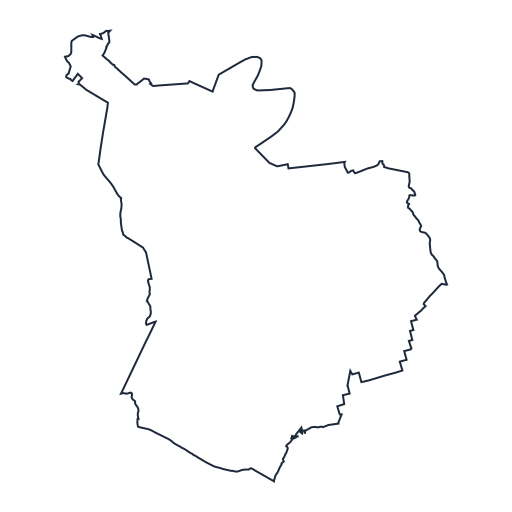 outline of Altepexi, Puebla, Mexico
{"feature_id": "50627088B76973650104721", "entity_name": "Altepexi", "entity_type": "district", "adm_level": 2, "iso_a3": "MEX", "parent_name": "Mexico", "parent_adm1": "Puebla", "projection": "mercator", "projection_center": [-97.299, 18.358], "detail": "fine", "context": "isolated", "style": "outline", "palette": "slate", "viewbox_px": 512, "rotation_deg": 0, "n_neighbors": 0, "source": "geoboundaries", "source_scale": "gbopen_adm2", "svg_char_len": 5939}
<svg xmlns="http://www.w3.org/2000/svg" viewBox="0 0 512 512"><path d="M138.1,426.8L142.1,427.8L147.8,429.0L151.1,430.2L155.2,432.5L159.3,434.5L169.0,439.3L172.4,441.7L173.4,442.8L177.3,445.2L180.7,446.9L181.3,447.5L184.1,448.8L190.6,453.1L192.2,453.8L193.7,455.1L195.2,455.7L197.5,457.2L205.7,462.1L213.7,466.2L216.4,467.1L219.8,467.9L223.4,469.1L229.3,470.4L230.6,470.8L232.6,470.8L234.6,471.4L237.0,471.6L238.3,471.3L239.1,471.0L241.7,470.1L243.5,469.7L245.1,469.6L245.9,469.5L248.7,469.5L249.3,469.3L249.6,468.8L250.3,468.4L251.0,468.3L253.1,469.2L254.5,470.2L274.0,481.3L274.1,480.2L275.4,475.7L277.9,471.8L279.3,468.4L280.1,466.8L281.5,464.6L281.5,463.4L283.8,461.5L283.3,460.5L283.0,458.6L283.8,457.7L284.9,455.5L285.2,454.4L286.1,453.3L287.8,448.4L287.5,447.3L286.2,446.2L286.6,445.2L290.3,442.1L292.5,439.1L292.5,438.9L291.3,438.4L291.7,437.7L294.0,438.4L294.8,438.0L291.9,436.9L292.1,435.9L294.8,436.6L296.1,436.5L296.6,436.6L296.9,436.5L298.6,436.4L296.5,436.2L294.9,436.4L296.3,434.0L301.4,427.6L301.7,429.2L300.4,432.1L302.1,433.4L302.4,430.6L304.4,430.5L304.8,432.8L305.0,432.8L305.1,430.8L309.5,428.4L310.9,427.5L312.5,427.1L315.6,426.9L317.7,427.4L321.2,426.6L323.1,427.1L328.5,425.0L338.5,423.6L338.4,422.6L341.6,414.4L339.7,414.4L337.3,406.3L344.2,404.1L342.9,395.2L349.6,393.6L347.8,386.1L347.4,385.9L350.3,370.9L352.3,374.4L358.8,372.6L361.4,382.1L368.4,380.5L385.4,375.4L395.8,372.6L402.4,370.5L399.8,361.6L406.6,359.8L404.2,351.1L410.9,349.3L411.1,349.0L411.4,348.1L411.2,348.0L408.9,340.9L412.3,340.0L410.0,330.9L413.4,330.0L411.0,321.2L416.7,319.7L414.9,315.8L421.6,310.1L422.3,309.1L425.6,306.1L423.7,304.1L424.0,303.0L430.4,295.4L432.1,293.8L438.9,286.4L441.7,283.8L446.0,284.7L447.0,284.5L446.5,283.4L444.9,278.6L444.0,274.8L442.1,272.2L438.8,268.4L437.7,265.8L437.3,261.5L436.6,260.4L434.2,257.5L434.1,256.9L433.1,255.8L431.8,254.8L431.5,253.9L430.9,253.0L430.5,251.3L429.7,243.2L429.8,242.1L430.2,240.3L430.1,239.3L429.8,238.3L429.4,237.5L428.4,236.1L427.2,234.7L425.5,233.0L424.6,232.6L421.9,232.1L421.1,231.8L420.1,231.1L419.9,230.6L419.7,230.0L419.7,229.3L421.0,226.2L421.1,225.8L420.6,224.6L419.0,222.1L418.7,221.1L418.0,220.0L416.3,218.4L416.0,217.7L415.0,216.6L414.7,216.0L413.8,215.3L413.2,214.1L413.2,213.5L412.4,211.8L409.8,209.0L409.3,208.5L408.6,208.2L408.1,207.8L407.9,207.1L408.3,205.3L408.5,204.8L409.1,204.0L408.7,203.7L407.9,203.4L407.1,202.7L406.8,202.0L407.0,201.4L407.7,200.1L408.3,199.3L409.0,197.9L409.2,197.1L409.3,195.8L409.5,195.3L410.1,195.1L412.4,195.4L414.2,195.6L415.1,195.3L415.3,195.1L415.1,194.3L414.7,193.2L414.5,192.2L413.2,190.5L412.2,189.9L411.4,188.6L410.8,188.2L410.1,188.1L409.5,187.8L408.9,187.2L408.7,186.5L408.8,185.7L409.5,182.3L409.7,181.6L409.5,179.5L409.5,178.5L409.3,177.1L409.3,174.1L409.1,173.2L408.7,172.8L407.6,172.2L407.0,172.0L406.2,171.9L387.2,168.1L386.8,167.7L384.2,167.1L384.1,166.0L383.6,164.5L383.0,164.2L382.5,163.5L382.3,161.1L379.7,161.3L378.3,164.3L376.8,165.5L374.3,166.6L371.0,167.6L368.1,168.3L363.8,169.9L361.4,171.0L356.6,172.8L355.0,173.2L353.7,171.5L353.2,170.4L351.5,170.8L350.5,171.3L348.8,172.6L347.8,172.7L344.9,167.2L344.6,166.0L344.4,164.2L344.4,162.6L344.8,161.9L327.4,164.1L288.5,168.4L287.7,164.1L286.1,164.6L277.1,166.3L269.4,162.9L255.0,148.1L255.2,147.4L270.9,136.8L277.8,131.6L283.8,125.0L286.2,121.7L288.4,117.8L290.8,112.7L292.4,108.5L293.1,105.9L294.1,100.4L294.6,96.1L294.7,93.0L293.7,91.1L292.9,90.5L292.0,89.3L290.5,88.2L288.9,88.1L270.3,90.0L260.0,90.4L257.1,90.4L255.1,89.5L253.6,88.7L252.9,87.4L252.6,85.1L254.0,82.3L257.7,75.8L259.5,71.4L261.3,66.2L261.6,61.8L261.5,60.2L260.3,58.3L257.2,56.9L251.8,57.0L245.3,59.4L238.3,63.3L218.7,74.7L218.7,74.8L213.6,88.6L212.6,91.6L194.4,83.4L189.5,81.1L187.9,83.4L160.1,85.4L153.1,86.0L150.3,84.0L150.7,83.8L151.1,83.4L149.4,81.1L149.0,79.7L148.7,79.4L146.0,78.8L144.0,78.6L139.2,82.5L138.3,82.9L136.7,84.5L135.2,84.5L134.9,84.6L134.0,83.9L124.8,75.5L121.6,72.8L119.0,70.3L114.9,66.7L114.2,64.9L112.8,64.7L109.4,61.5L109.4,61.2L106.1,58.6L102.6,55.5L103.8,53.7L104.7,52.2L106.6,47.2L106.3,46.8L107.7,44.8L107.8,43.8L109.0,42.8L109.4,42.2L109.2,39.5L108.2,32.8L110.1,30.7L107.6,31.0L106.2,30.8L104.4,32.3L102.9,33.2L100.6,34.0L100.0,34.0L100.0,34.3L100.8,35.8L101.7,38.9L99.2,38.1L95.7,36.3L92.5,35.0L92.8,35.5L93.1,37.0L91.1,37.0L85.6,35.5L82.9,35.2L80.0,35.8L78.0,36.5L76.8,37.2L71.8,40.9L71.3,42.7L71.3,52.1L70.5,54.2L68.4,56.1L65.0,56.7L66.0,59.2L67.3,61.4L69.0,62.9L70.7,66.4L68.5,73.7L67.8,73.9L67.3,74.7L66.5,75.2L66.1,76.8L66.9,77.6L68.9,78.7L70.3,78.9L71.1,80.1L72.6,81.0L77.8,73.8L82.1,78.1L80.1,80.3L78.6,81.6L78.9,82.0L78.6,83.8L78.1,84.2L79.8,84.5L81.3,85.6L86.3,89.8L99.3,97.6L107.9,102.7L107.3,108.0L103.0,132.8L100.2,151.1L99.1,159.2L98.3,164.3L102.2,172.1L103.8,174.9L107.8,179.7L109.3,181.3L111.7,184.4L113.5,187.1L117.0,193.5L118.0,194.9L119.2,196.4L121.2,198.1L120.8,199.3L121.6,204.1L121.5,206.1L121.4,208.0L120.8,210.6L120.3,213.6L120.3,216.5L120.9,219.7L120.8,221.8L121.2,225.2L122.0,230.7L122.6,231.7L123.4,234.8L124.7,235.6L126.7,237.6L128.0,238.1L138.2,244.5L143.0,247.6L145.5,251.7L146.0,252.3L151.6,278.8L148.5,279.3L148.3,279.5L148.0,280.6L148.0,281.4L148.9,284.4L149.5,286.3L149.8,287.6L149.8,289.1L149.5,292.4L149.8,294.3L147.3,299.2L147.3,300.3L146.8,300.9L148.0,302.4L149.3,304.7L149.7,305.2L150.3,306.2L150.4,307.0L150.3,308.3L150.8,311.7L150.8,313.5L149.8,316.5L147.5,318.4L147.1,318.9L146.9,319.7L146.2,321.2L146.2,321.8L145.9,323.5L146.7,324.9L154.7,321.8L155.6,321.6L147.7,338.0L146.6,340.0L142.7,348.2L121.0,393.7L123.1,393.1L126.1,393.6L127.5,393.6L129.2,392.9L130.8,392.6L131.4,392.9L131.4,393.4L132.0,393.8L131.9,395.3L131.6,397.1L131.9,398.3L133.2,399.8L134.7,400.9L135.2,401.6L135.0,403.1L136.0,405.2L136.8,406.0L137.6,407.2L138.2,408.6L138.4,409.6L138.5,411.1L138.1,412.2L137.8,413.3L137.8,415.2L138.0,417.1L138.6,418.9L137.5,419.1L137.4,421.9L137.4,423.4L137.6,424.7L138.1,426.8Z" fill="none" stroke="#1e293b" stroke-width="2"/></svg>